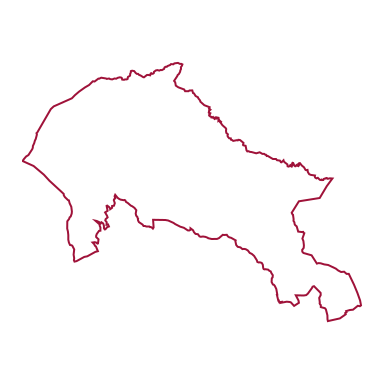 La Perla, Veracruz, Mexico (Albers equal-area conic projection)
{"feature_id": "50627088B27528347221252", "entity_name": "La Perla", "entity_type": "district", "adm_level": 2, "iso_a3": "MEX", "parent_name": "Mexico", "parent_adm1": "Veracruz", "projection": "albers", "projection_center": [-97.171, 18.982], "detail": "fine", "context": "isolated", "style": "outline", "palette": "rose", "viewbox_px": 384, "rotation_deg": 0, "n_neighbors": 0, "source": "geoboundaries", "source_scale": "gbopen_adm2", "svg_char_len": 5958}
<svg xmlns="http://www.w3.org/2000/svg" viewBox="0 0 384 384"><path d="M74.5,261.6L76.6,261.1L84.3,256.9L87.3,256.3L95.3,251.9L97.9,251.2L95.9,246.4L94.9,245.7L94.3,244.3L92.6,242.5L94.7,242.2L96.1,242.5L97.4,243.6L98.0,243.4L98.5,239.3L96.2,237.1L96.1,236.0L96.7,234.1L99.0,230.9L100.4,230.7L100.4,227.4L99.7,225.8L99.6,224.4L95.4,220.7L96.8,221.0L100.0,222.5L100.8,223.3L101.5,222.3L103.2,223.5L103.9,225.7L104.0,228.3L104.7,229.4L105.4,229.3L107.2,227.1L108.9,226.5L108.0,224.4L106.5,224.8L106.7,222.2L105.3,220.5L105.6,219.2L107.6,217.4L107.1,215.9L105.1,212.4L107.6,210.8L106.6,205.9L107.2,205.6L108.9,206.9L110.1,208.3L110.2,209.2L112.1,207.8L112.1,206.0L114.0,205.7L114.8,203.1L113.8,200.2L114.0,199.4L115.2,198.4L114.6,196.2L115.2,194.8L117.6,197.8L119.1,198.9L120.5,199.6L123.7,200.2L124.6,200.0L125.3,200.4L126.0,201.9L127.8,203.0L130.8,205.6L132.3,206.3L134.5,207.9L136.3,210.2L135.7,213.6L136.2,215.7L137.3,216.8L137.4,217.6L138.1,218.7L137.9,219.5L138.1,220.5L138.9,222.1L142.6,224.6L143.5,226.0L145.0,226.0L146.3,226.5L149.4,226.5L150.0,227.1L150.7,227.0L151.9,227.6L152.9,228.6L153.6,227.5L153.1,219.8L165.3,220.0L168.2,220.5L173.5,222.9L175.2,224.1L180.3,226.7L183.9,227.8L187.8,230.4L189.2,230.5L190.5,229.8L190.5,228.3L193.1,230.3L193.9,232.1L195.5,233.9L197.9,234.2L199.5,236.4L200.8,236.8L203.0,236.5L205.5,236.9L207.8,237.8L208.1,238.2L211.7,239.0L217.1,238.9L219.0,238.1L222.8,234.8L223.9,235.0L226.8,234.8L227.9,236.4L229.2,237.3L231.1,237.8L235.7,240.4L235.4,241.3L236.2,245.0L237.7,246.8L240.5,247.4L242.4,249.1L244.0,248.9L245.7,249.2L247.9,250.5L249.7,252.9L251.8,253.9L254.1,255.9L256.8,260.2L257.4,262.0L258.8,262.5L259.6,262.3L260.9,262.6L261.8,263.0L262.8,264.7L263.2,268.0L263.7,269.1L264.7,269.4L265.4,269.2L268.3,269.7L269.3,270.8L270.7,271.4L271.4,273.1L272.8,275.2L272.6,277.4L271.8,278.3L271.6,282.0L272.9,284.5L273.9,284.8L274.8,285.9L276.3,289.0L277.3,294.7L276.9,294.8L278.3,300.6L278.8,300.5L279.2,302.2L281.4,301.9L280.9,302.8L286.7,301.7L289.8,302.0L290.9,302.4L294.1,305.9L298.9,302.8L298.5,300.5L295.8,295.3L303.7,295.5L306.2,295.1L307.8,293.7L311.9,288.1L312.6,286.7L314.0,286.2L320.6,292.9L320.7,295.1L319.2,297.9L319.8,302.4L319.6,303.2L320.0,304.3L320.8,305.1L320.8,307.1L324.9,308.2L325.9,309.4L327.4,315.3L327.5,319.3L327.9,321.1L339.9,318.4L345.7,314.3L345.2,313.1L346.5,312.3L346.1,311.1L349.9,310.0L353.0,309.7L357.8,305.8L359.9,306.2L361.0,305.4L360.1,300.5L357.4,292.9L354.0,284.7L348.8,273.9L346.6,273.9L344.1,271.7L341.1,272.0L338.2,270.5L335.8,268.6L328.2,265.0L324.2,264.4L320.7,263.3L318.5,263.1L316.9,263.6L311.6,255.3L303.5,253.0L302.7,252.2L302.3,251.6L302.2,249.9L303.7,247.9L303.9,245.3L303.4,241.0L302.4,238.6L304.3,233.2L303.4,232.7L303.2,231.9L301.5,232.0L298.2,231.6L296.7,226.4L295.1,225.0L294.6,224.0L294.4,222.3L293.5,220.9L293.6,219.1L293.0,214.8L292.6,214.6L291.7,212.8L298.9,201.3L319.7,198.0L326.8,186.1L332.4,178.5L329.9,178.3L327.8,178.8L327.0,178.1L326.4,178.0L325.9,178.5L325.6,178.3L323.6,179.0L323.3,180.0L322.0,180.1L321.4,179.6L320.8,180.0L319.8,179.8L317.8,177.8L316.4,178.4L315.1,177.5L314.7,176.0L314.9,175.5L310.9,174.9L309.2,174.2L307.9,172.1L307.5,169.9L306.2,170.2L305.5,169.9L304.0,167.3L301.9,165.6L299.9,163.1L299.1,163.2L298.6,163.7L299.3,164.7L298.4,166.1L297.6,165.8L296.9,164.8L296.4,165.1L295.7,166.2L295.2,166.3L294.4,165.7L293.2,163.0L292.5,162.8L292.1,163.5L292.4,165.2L291.7,166.6L291.1,166.3L290.9,165.3L290.4,165.0L289.5,166.2L288.6,166.6L287.6,166.3L287.4,164.4L284.8,162.4L283.8,161.4L283.5,160.3L281.5,162.3L280.9,162.2L279.9,160.6L277.0,160.2L276.0,159.0L272.9,159.0L267.5,155.8L266.7,156.0L266.0,154.8L265.4,154.8L264.2,153.9L262.4,153.9L259.7,152.3L256.2,153.3L251.4,152.0L250.0,151.9L248.5,151.2L247.3,151.4L246.5,150.3L245.6,145.8L243.3,145.3L243.0,144.9L243.5,142.9L240.5,140.4L239.9,140.0L238.3,139.8L237.8,140.4L236.7,140.2L233.2,140.9L232.2,140.1L231.0,139.7L230.8,138.4L229.2,138.3L227.8,136.6L227.5,135.8L227.9,134.3L226.3,132.9L226.0,130.9L226.2,129.0L225.7,128.1L222.5,125.3L220.6,122.7L221.1,121.9L220.1,121.0L219.7,121.3L219.2,120.1L219.1,120.6L218.4,121.0L218.5,117.8L217.1,117.5L217.6,118.3L216.7,118.2L216.5,118.5L215.2,117.9L215.0,118.8L214.6,119.0L213.2,117.2L212.8,117.7L211.7,117.5L211.9,117.0L210.3,116.5L209.2,115.6L209.8,114.6L209.3,114.1L210.2,113.2L208.8,112.5L209.1,110.9L210.2,109.9L209.3,109.6L209.6,108.6L209.1,108.4L209.6,107.2L204.3,105.2L200.3,101.6L200.1,100.5L198.3,98.3L198.0,97.3L195.6,96.0L194.0,93.4L193.0,93.0L192.3,90.4L189.4,90.5L188.5,91.2L185.1,91.2L184.2,89.5L178.3,87.3L175.8,85.6L175.2,82.3L174.1,80.9L177.2,76.2L177.7,75.0L178.9,74.0L180.1,71.8L180.3,70.5L181.0,69.0L180.9,67.2L182.0,65.6L182.4,64.4L181.4,63.9L179.9,63.9L178.0,62.9L174.3,63.4L173.4,64.3L171.0,64.1L170.1,65.0L167.4,66.1L166.8,66.8L165.5,66.8L164.5,67.5L164.1,68.9L161.9,70.1L160.5,70.0L159.3,70.6L157.5,70.1L155.9,70.4L154.0,71.8L153.8,73.1L152.8,73.8L151.8,73.8L151.4,73.2L150.9,73.3L150.6,73.6L150.2,75.3L148.0,74.9L146.9,75.0L144.0,77.3L143.3,77.2L140.3,75.3L139.3,75.1L138.1,73.9L136.9,73.9L135.7,73.0L134.2,71.1L132.1,70.7L130.9,71.1L130.8,72.6L130.2,73.7L130.1,75.4L129.7,76.0L128.1,76.8L127.7,77.8L127.7,78.8L126.8,79.4L125.0,79.4L124.1,79.8L122.2,79.6L121.8,78.0L121.3,77.6L119.9,77.3L117.8,77.8L116.2,78.7L114.5,78.5L112.2,79.4L110.1,79.1L109.1,78.5L106.7,78.9L106.1,78.5L101.2,77.7L99.2,78.7L98.4,78.6L94.6,81.5L92.8,81.3L89.1,85.0L85.0,87.4L79.1,91.6L74.9,95.2L71.9,98.3L53.7,106.4L50.8,109.1L37.2,132.6L36.5,133.2L36.9,134.6L35.7,139.1L34.9,140.6L34.2,143.2L32.9,146.0L32.8,147.7L32.3,149.1L28.4,155.1L26.1,156.5L23.8,159.2L23.0,160.4L23.0,161.2L33.6,166.0L43.9,174.7L49.5,180.8L63.7,193.9L63.8,195.3L64.9,197.1L68.1,200.2L68.9,200.4L69.6,203.2L71.3,206.8L71.9,211.5L71.7,213.6L70.7,216.5L69.6,217.4L69.2,218.8L67.3,221.3L67.2,228.6L67.9,231.4L68.3,235.0L68.3,239.7L68.9,242.5L70.0,245.0L71.7,245.3L72.4,245.9L74.2,249.4L73.6,254.7L74.2,258.2L73.9,260.2L74.5,261.6Z" fill="none" stroke="#9f1239" stroke-width="2"/></svg>